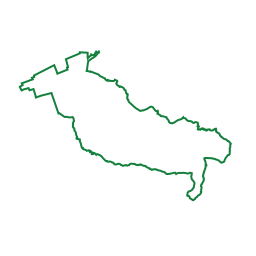 outline of Tarlungeni, Brasov, Romania, rotated 348°
{"feature_id": "2599482B11414107906146", "entity_name": "Tarlungeni", "entity_type": "district", "adm_level": 2, "iso_a3": "ROU", "parent_name": "Romania", "parent_adm1": "Brasov", "projection": "orthographic", "projection_center": [25.868, 45.603], "detail": "fine", "context": "isolated", "style": "outline", "palette": "green", "viewbox_px": 256, "rotation_deg": 348, "n_neighbors": 0, "source": "geoboundaries", "source_scale": "gbopen_adm2", "svg_char_len": 5938}
<svg xmlns="http://www.w3.org/2000/svg" viewBox="0 0 256 256"><g transform="rotate(348 128 128)"><path d="M184.2,129.1L182.1,130.4L178.4,130.7L174.2,132.3L172.3,132.6L170.3,131.9L169.3,130.6L169.4,129.5L168.8,128.0L168.3,127.4L168.0,126.6L167.9,125.5L167.4,125.4L166.4,124.7L164.2,123.6L162.7,123.3L162.4,122.9L162.3,122.2L159.7,120.1L160.0,119.5L160.4,119.6L160.7,118.6L160.6,117.3L159.1,117.4L158.5,116.8L157.5,114.9L156.8,113.1L156.0,112.4L155.0,111.9L153.7,112.1L150.6,113.3L146.4,114.0L145.8,113.7L143.6,113.9L139.4,109.8L134.4,102.9L133.7,100.3L133.9,100.2L133.6,99.7L133.4,99.0L133.6,98.8L133.6,97.8L133.9,97.5L134.0,97.1L133.9,96.7L134.1,96.2L134.5,95.9L134.5,95.5L134.3,95.1L134.7,94.8L134.6,94.6L134.3,94.7L133.5,93.8L133.4,92.1L133.5,90.6L132.4,89.8L132.4,88.9L131.7,87.6L129.4,85.8L128.6,86.2L128.3,86.1L128.2,85.4L126.5,84.0L125.8,82.5L125.8,82.0L127.1,80.4L127.3,79.8L127.0,79.4L125.2,78.1L125.0,78.4L124.1,79.0L123.3,79.0L120.0,78.1L119.9,77.8L119.3,77.8L119.4,77.7L118.0,76.6L116.9,77.0L115.9,75.7L115.9,74.8L115.3,74.4L111.2,71.2L110.5,69.7L103.1,64.9L102.8,65.2L101.0,64.2L99.4,63.6L100.3,61.7L102.0,56.8L103.1,54.3L107.4,52.4L109.6,51.7L111.7,50.6L113.6,48.9L115.4,48.1L115.3,47.1L113.5,48.0L112.7,46.7L109.8,49.7L107.9,49.2L107.3,48.4L106.7,49.5L105.0,50.1L103.2,51.5L103.3,49.9L104.2,46.0L96.6,43.9L96.4,45.0L81.6,47.8L82.0,56.0L80.9,56.2L81.0,58.3L70.2,60.2L70.0,57.9L68.9,51.2L47.0,57.1L46.9,58.6L44.5,58.9L45.0,60.6L33.4,62.2L33.9,64.1L30.7,65.2L31.7,69.1L31.8,69.2L33.9,68.6L39.0,68.3L39.5,70.6L43.7,70.3L44.3,77.4L44.2,79.0L49.9,78.3L60.4,77.9L63.0,99.0L63.4,98.7L68.1,103.8L68.7,104.2L70.1,104.2L71.7,105.0L74.0,105.7L76.1,105.8L76.7,107.4L76.7,108.4L76.5,109.1L76.7,109.8L76.6,110.1L75.4,111.3L75.0,112.3L75.1,113.0L74.5,114.4L74.6,114.8L74.6,115.4L74.4,115.6L74.5,116.2L75.3,117.0L75.4,117.6L75.2,118.4L75.1,119.3L75.8,120.8L76.0,121.7L75.9,123.7L76.0,125.0L76.3,125.6L76.5,126.4L76.4,126.7L75.8,126.9L75.5,127.2L75.5,127.6L75.7,128.0L78.5,129.1L78.5,129.8L78.1,130.7L78.1,131.1L78.4,131.9L78.7,134.3L78.6,135.8L78.7,137.2L78.9,137.8L79.7,137.9L79.8,138.1L79.9,138.6L79.6,139.1L79.8,139.3L82.4,140.9L82.9,141.7L85.0,141.7L85.5,141.8L86.3,142.5L86.3,142.9L85.6,143.3L85.7,143.6L87.3,143.5L87.5,144.2L88.0,144.7L87.0,145.7L87.2,146.1L88.5,146.2L88.8,146.0L88.7,145.3L89.5,145.2L90.8,146.4L90.9,147.0L91.3,147.6L91.8,147.2L92.5,147.2L93.2,147.5L93.5,148.0L94.3,148.3L95.7,149.5L95.9,150.0L96.5,150.5L96.8,151.5L99.1,155.2L99.6,155.7L100.6,155.9L100.6,156.3L100.9,156.6L102.1,157.0L102.9,156.9L103.9,157.2L105.2,158.3L105.8,158.5L106.2,159.0L106.6,159.1L106.9,160.3L107.7,160.9L108.6,161.2L110.8,161.0L112.4,161.3L112.8,161.7L113.4,162.7L113.9,162.8L114.9,163.8L116.2,163.9L117.3,163.7L117.7,164.0L118.4,163.9L119.5,164.7L120.9,164.4L121.3,164.6L122.4,163.7L123.4,163.5L125.8,164.2L126.4,164.5L127.0,164.5L127.3,164.9L127.6,165.0L127.7,165.3L129.1,166.1L129.5,166.0L130.1,166.4L131.0,166.5L131.3,166.2L132.1,166.4L132.8,166.2L133.3,166.8L133.9,167.0L134.9,168.0L137.3,168.8L138.0,170.1L140.2,171.6L140.3,171.9L140.8,172.1L140.8,172.4L141.3,172.5L142.6,173.9L143.7,173.6L144.2,173.9L145.8,173.8L146.9,174.6L147.4,174.6L147.6,175.0L148.5,175.3L148.9,175.8L151.3,176.7L151.9,177.5L154.4,178.6L155.2,179.6L155.3,180.0L156.1,180.9L156.5,181.1L158.9,181.5L163.5,181.4L164.9,181.6L165.5,183.0L166.1,182.7L167.2,182.5L168.8,182.5L170.4,183.0L173.2,183.4L176.4,184.7L177.4,185.0L178.1,185.0L179.4,184.6L181.0,185.5L180.7,186.2L180.5,187.1L179.8,188.3L179.7,190.7L179.9,191.7L180.8,193.2L181.2,194.4L181.5,194.9L181.6,195.4L181.3,196.7L180.4,198.5L180.1,199.6L179.5,200.3L178.8,200.7L178.1,201.7L175.8,202.6L174.1,202.7L173.5,203.1L172.7,204.1L171.9,206.3L172.1,206.8L173.1,207.0L173.8,207.6L173.9,208.3L173.8,209.2L174.3,210.0L175.4,210.7L175.5,211.1L176.0,211.5L176.4,212.1L177.2,212.1L178.1,211.5L178.7,211.4L179.5,210.4L181.0,209.9L182.2,208.8L183.4,208.4L183.9,208.3L185.5,207.2L185.9,206.4L186.3,206.1L186.4,205.8L186.1,205.4L186.5,204.8L186.6,204.0L187.2,202.5L187.4,202.2L187.7,201.2L187.6,200.6L187.3,200.2L187.6,199.2L188.1,198.7L188.1,198.4L189.0,197.9L189.4,197.1L190.9,195.5L191.0,195.0L191.3,194.7L191.3,194.3L191.7,193.6L191.7,193.0L191.5,192.9L191.6,191.8L191.3,191.1L191.3,190.7L191.7,190.3L191.7,189.4L192.8,187.9L193.0,187.5L192.9,186.9L193.9,185.9L194.3,184.9L195.4,183.3L195.9,181.6L197.0,180.8L196.9,180.5L196.3,180.1L196.3,179.7L196.7,179.2L196.7,176.5L196.2,174.8L196.5,174.3L196.3,173.9L196.4,173.5L197.0,173.3L199.2,173.8L201.0,174.4L201.6,174.3L203.1,175.0L204.4,175.2L204.9,175.7L206.7,176.4L207.3,177.0L209.1,177.9L210.3,179.0L211.2,180.4L212.0,181.3L212.8,181.4L213.3,181.1L214.5,181.2L215.3,180.5L216.2,179.0L217.5,177.5L219.8,175.5L220.5,175.2L221.1,175.4L222.0,174.7L222.4,173.2L222.5,172.2L222.9,171.7L223.0,171.1L223.3,168.8L224.0,167.9L224.3,167.2L224.3,166.2L224.5,165.7L225.3,164.9L225.2,164.5L224.5,163.5L224.2,162.5L223.6,162.0L223.5,161.7L222.8,161.4L221.9,159.9L219.4,158.4L218.0,156.5L217.4,156.2L216.8,154.8L216.4,154.5L216.5,153.9L216.1,152.8L216.1,152.3L215.1,151.8L214.6,150.9L214.1,150.7L213.6,150.1L213.5,149.7L213.7,149.4L213.5,149.1L213.5,148.6L213.9,147.9L213.9,147.0L212.9,146.9L211.8,147.5L211.2,147.4L210.4,148.0L209.0,147.8L207.6,147.1L207.3,146.6L207.4,146.3L206.1,146.0L204.6,146.8L204.5,146.6L204.1,146.5L204.4,146.0L204.1,145.8L203.5,146.0L203.1,145.6L202.7,145.8L202.3,145.7L202.1,145.0L202.2,144.7L202.0,144.4L201.3,144.7L201.1,144.4L201.3,144.2L200.8,144.4L200.8,144.1L200.4,143.7L200.0,143.9L199.9,144.2L199.7,144.3L199.3,144.0L198.6,144.5L198.5,144.3L198.1,144.2L196.9,144.4L196.3,144.1L196.0,143.8L197.3,141.7L197.1,141.7L197.2,141.2L196.5,141.2L196.4,141.0L196.9,140.7L196.9,140.4L196.8,139.8L197.1,139.6L197.4,138.5L197.1,137.1L195.4,136.3L194.6,136.3L193.5,136.7L192.9,136.6L191.5,134.8L190.3,134.2L188.9,133.9L187.9,133.3L186.8,131.9L186.6,131.1L185.7,130.2L184.5,129.9L184.2,129.4L184.2,129.1Z" fill="none" stroke="#15803d" stroke-width="2"/></g></svg>